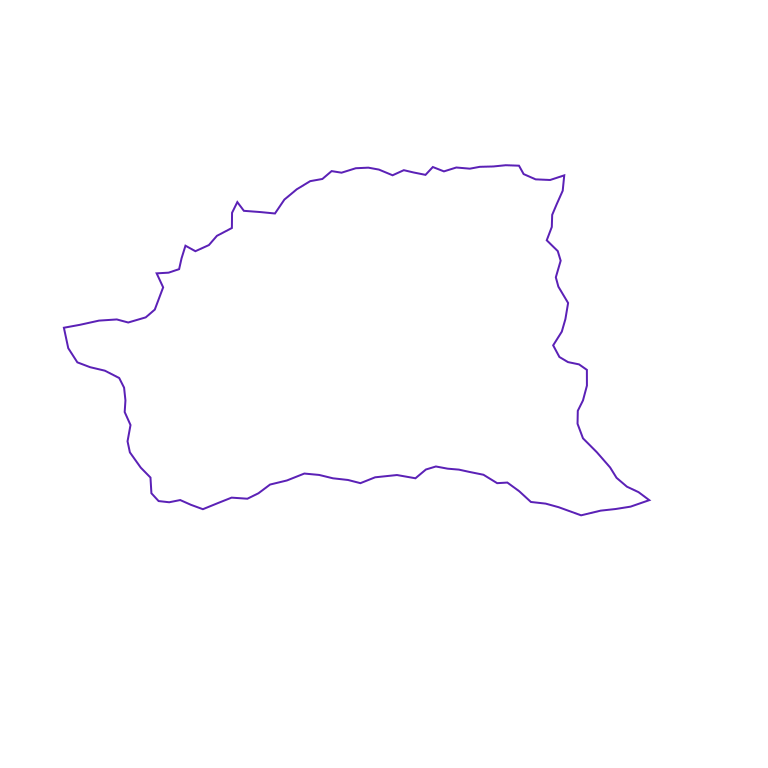 Santa Bárbara de Goiás, Goiás, Brazil, rotated 61°
{"feature_id": "56859067B76762527426674", "entity_name": "Santa Bárbara de Goiás", "entity_type": "district", "adm_level": 2, "iso_a3": "BRA", "parent_name": "Brazil", "parent_adm1": "Goiás", "projection": "orthographic", "projection_center": [-49.679, -16.596], "detail": "fine", "context": "isolated", "style": "outline", "palette": "violet", "viewbox_px": 768, "rotation_deg": 61, "n_neighbors": 0, "source": "geoboundaries", "source_scale": "gbopen_adm2", "svg_char_len": 1665}
<svg xmlns="http://www.w3.org/2000/svg" viewBox="0 0 768 768"><g transform="rotate(61 384 384)"><path d="M172.4,326.6L174.8,338.5L170.8,350.2L171.4,365.9L174.4,381.7L182.0,396.7L173.8,408.6L164.6,422.6L153.8,424.1L160.6,433.9L173.8,441.4L173.4,458.3L177.6,469.8L176.4,484.6L166.8,490.6L176.0,500.2L184.2,507.5L182.2,518.4L177.0,529.2L192.4,530.3L207.8,548.4L210.2,560.1L206.2,577.9L198.0,586.4L190.4,602.5L184.8,621.3L179.6,636.7L199.6,642.8L216.4,641.7L226.8,632.9L237.0,621.7L250.4,612.7L261.2,613.1L273.0,618.1L282.8,624.4L297.0,625.6L309.8,636.1L320.6,639.4L339.2,637.3L352.6,633.6L366.8,640.4L377.1,637.9L383.3,629.2L386.7,618.5L396.1,611.4L405.7,603.1L407.7,586.4L409.5,572.4L418.1,559.1L418.7,546.8L416.7,532.4L421.3,515.7L423.7,497.1L432.1,484.8L441.7,474.4L450.5,462.0L459.3,452.7L461.3,437.0L469.9,416.8L481.7,402.2L479.1,388.8L481.3,378.6L488.9,369.4L495.2,360.0L501.8,352.5L511.6,341.0L525.6,333.1L530.0,323.9L543.4,317.7L558.4,312.7L567.0,300.6L576.4,291.0L594.4,275.3L599.8,255.9L605.6,242.1L610.8,227.8L614.2,208.3L602.0,213.8L591.6,221.3L578.8,226.1L566.6,226.7L547.0,230.9L528.0,236.3L512.6,234.0L501.4,227.5L494.8,217.9L483.8,207.3L470.0,199.7L461.4,203.9L454.0,212.5L445.4,217.5L432.2,217.3L424.4,203.1L415.2,193.9L402.4,183.7L383.4,184.3L374.0,182.0L361.8,169.7L352.0,167.6L337.2,172.0L328.0,161.1L317.6,154.9L310.4,145.7L301.6,134.0L288.9,125.2L286.1,139.8L278.5,152.2L268.1,160.1L258.5,160.1L251.7,171.4L246.7,183.0L240.5,194.9L237.3,204.5L229.7,215.8L227.1,228.5L217.9,236.1L221.2,246.3L213.4,255.5L206.6,263.0L205.6,275.3L194.0,284.5L187.2,292.8L181.6,304.1L178.6,318.7L172.4,326.6Z" fill="none" stroke="#5b21b6" stroke-width="2"/></g></svg>